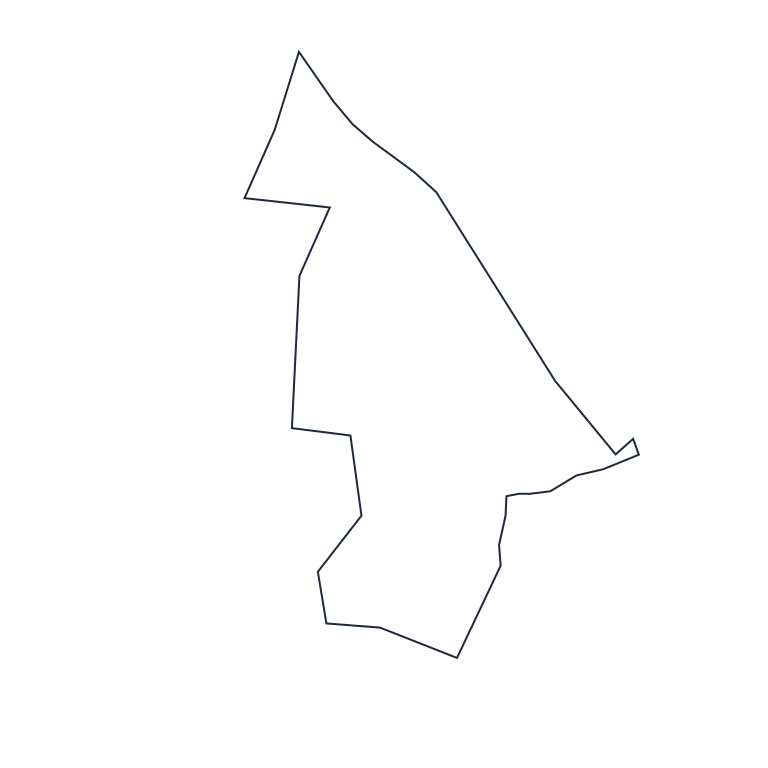 SVG path tracing the border of Baltinavas, rotated 303°
{"feature_id": "LVA-5743", "entity_name": "Baltinavas", "entity_type": "Municipality", "adm_level": 1, "iso_a3": "LVA", "parent_name": "Latvia", "parent_adm1": "", "projection": "albers", "projection_center": [27.602, 56.934], "detail": "fine", "context": "isolated", "style": "outline", "palette": "slate", "viewbox_px": 768, "rotation_deg": 303, "n_neighbors": 0, "source": "natural_earth", "source_scale": "10m", "svg_char_len": 538}
<svg xmlns="http://www.w3.org/2000/svg" viewBox="0 0 768 768"><g transform="rotate(303 384 384)"><path d="M616.2,131.8L593.4,187.8L584.7,216.4L581.1,242.6L578.1,294.2L573.3,323.5L479.8,525.8L451.1,616.6L473.7,622.8L463.5,636.2L432.1,614.4L412.1,595.2L384.5,581.8L371.1,565.8L365.2,556.7L356.6,547.8L339.7,557.7L311.8,568.1L295.1,580.8L194.0,594.4L177.5,513.3L151.8,466.1L190.5,430.8L261.3,436.8L322.5,383.9L296.8,330.8L428.6,254.2L502.5,242.4L463.9,165.8L537.7,153.9L616.2,131.8Z" fill="none" stroke="#1e293b" stroke-width="2"/></g></svg>